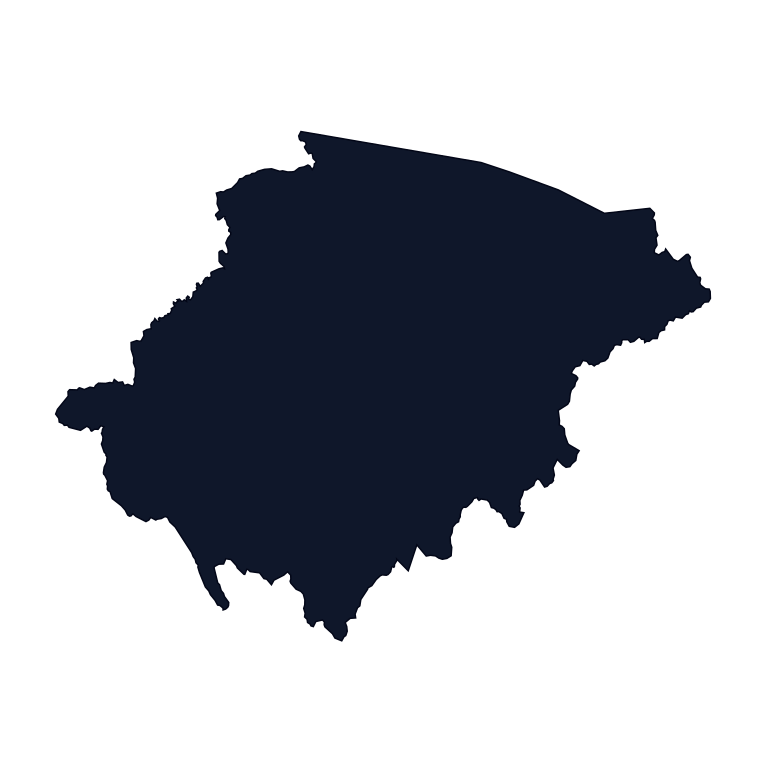 Chanchamayo, Junín, Peru (Natural Earth projection), rotated 178°
{"feature_id": "86281439B40126444259692", "entity_name": "Chanchamayo", "entity_type": "district", "adm_level": 2, "iso_a3": "PER", "parent_name": "Peru", "parent_adm1": "Junín", "projection": "natural_earth1", "projection_center": [-75.066, -11.002], "detail": "fine", "context": "isolated", "style": "filled", "palette": "ink", "viewbox_px": 768, "rotation_deg": 178, "n_neighbors": 0, "source": "geoboundaries", "source_scale": "gbopen_adm2", "svg_char_len": 6136}
<svg xmlns="http://www.w3.org/2000/svg" viewBox="0 0 768 768"><g transform="rotate(178 384 384)"><path d="M664.5,293.5L663.8,291.8L664.2,288.6L663.3,286.9L661.5,285.9L659.6,279.0L650.7,271.5L647.0,267.0L644.7,262.0L643.0,260.8L641.5,261.0L639.5,263.1L636.4,260.2L626.7,254.8L623.8,256.2L621.8,258.8L616.8,256.0L615.5,256.8L611.3,257.3L607.5,259.2L605.0,258.3L602.8,253.5L597.7,248.4L582.1,222.2L580.7,218.2L578.8,215.4L578.1,211.9L576.0,209.5L576.4,207.5L575.0,202.1L569.6,187.4L566.3,183.3L564.8,179.5L560.4,173.7L558.0,168.9L555.7,168.4L553.8,166.7L552.7,165.5L552.7,163.8L550.1,164.6L547.9,166.4L547.1,168.0L546.8,171.1L550.9,177.2L551.7,180.3L553.9,183.2L555.4,189.2L557.1,191.0L560.3,206.4L559.6,207.6L555.4,209.7L550.6,209.7L548.2,214.9L543.1,213.9L537.8,207.6L537.0,205.3L530.6,198.7L529.8,198.6L527.6,203.6L526.3,203.3L524.3,201.2L514.9,199.6L510.8,193.7L508.0,193.0L503.5,187.3L500.8,191.8L490.8,196.5L486.9,199.7L483.9,196.2L483.9,192.2L484.7,190.2L484.1,188.3L479.0,182.0L474.4,179.7L472.0,177.0L470.6,171.0L470.9,166.0L472.1,162.5L470.8,157.7L471.5,154.0L469.1,151.5L468.7,148.3L466.3,146.7L465.4,144.8L463.1,144.0L460.4,149.0L453.7,150.3L451.9,148.3L452.2,145.5L451.5,143.3L444.2,136.2L441.9,131.8L435.2,128.8L432.8,132.8L431.0,133.9L429.4,138.2L429.7,142.9L431.1,147.0L426.0,151.0L420.5,151.2L420.9,155.0L418.3,161.3L415.9,163.1L414.7,169.4L407.6,179.4L407.2,180.8L403.2,182.9L398.6,188.9L394.4,192.5L392.4,193.3L388.4,192.8L386.7,193.4L384.0,196.1L382.7,200.7L381.9,201.2L380.6,200.5L380.0,201.1L379.8,203.4L377.3,207.2L377.4,208.6L366.3,196.5L356.8,222.1L347.8,210.6L343.6,211.2L338.5,210.4L335.3,208.1L331.8,206.8L327.2,207.5L322.9,210.0L322.0,218.5L323.1,222.3L323.3,228.7L321.2,232.9L320.3,238.7L317.0,242.4L314.3,243.7L313.7,246.5L312.4,248.6L312.4,250.7L311.3,255.0L310.1,257.0L308.8,258.1L306.5,257.9L305.0,258.8L300.3,263.2L298.2,266.5L294.6,267.3L294.3,265.8L293.1,264.4L291.0,265.7L284.9,264.4L282.6,261.9L281.0,256.8L278.4,256.0L276.5,254.4L275.4,252.4L273.7,252.5L270.7,250.4L268.7,245.6L266.3,244.5L266.1,242.0L263.8,237.4L258.5,236.2L254.1,239.5L248.7,250.5L252.9,251.3L252.3,255.4L253.2,257.3L252.2,259.0L252.3,262.9L249.7,268.0L248.2,273.1L244.9,273.2L238.0,277.5L236.4,281.6L233.8,284.0L231.5,282.5L227.1,275.4L224.5,276.1L222.0,278.7L219.8,279.4L218.0,281.6L218.3,283.0L216.9,287.0L218.0,294.2L213.5,302.6L208.2,296.8L205.0,294.4L201.1,294.9L198.9,297.8L195.0,300.9L193.7,307.1L191.3,310.5L201.6,317.1L202.5,318.5L205.1,326.8L205.4,333.0L207.5,335.4L210.3,337.0L209.9,341.2L210.8,351.6L201.2,357.3L199.3,360.3L198.3,367.5L197.0,371.5L193.5,375.2L192.6,379.0L190.3,382.2L190.2,383.4L191.9,385.6L196.4,388.0L195.4,390.5L192.3,394.5L187.6,395.5L184.5,400.6L180.4,399.6L178.2,396.4L175.7,396.6L173.3,394.7L171.5,396.1L168.9,396.7L167.2,398.4L162.4,399.5L159.4,402.1L157.0,408.2L153.9,411.3L152.4,414.6L149.9,415.2L146.2,414.5L145.0,416.9L144.9,418.9L144.0,419.9L138.4,419.7L136.3,417.1L132.8,417.9L127.8,421.9L126.7,421.9L125.0,419.7L122.3,419.6L122.0,416.3L120.0,417.5L117.5,417.4L114.1,420.0L109.4,419.9L107.5,425.9L105.2,427.6L101.7,428.3L101.5,431.6L99.2,433.7L97.8,437.3L95.7,437.8L92.7,437.0L90.3,440.7L83.7,439.4L80.1,442.8L77.4,443.6L76.2,446.5L74.5,445.3L72.5,445.5L69.2,448.9L64.8,449.9L64.0,451.7L61.0,454.6L56.9,454.8L54.8,458.1L54.8,465.0L55.7,467.5L59.4,467.9L64.1,471.7L64.9,474.2L63.9,478.0L64.3,479.5L66.9,479.9L72.3,489.0L74.4,496.6L73.4,500.0L75.6,503.0L77.3,502.8L84.8,496.9L86.5,496.4L90.6,498.6L97.8,509.1L98.8,506.5L101.4,505.8L104.8,503.4L109.3,505.8L109.0,509.1L106.3,513.2L107.1,520.7L105.2,523.0L107.1,528.1L107.4,536.3L108.0,538.1L110.1,540.0L108.0,543.6L107.8,545.5L112.2,550.3L157.8,546.9L203.0,571.9L251.1,591.5L279.1,601.9L458.2,639.2L460.6,634.9L459.9,631.5L458.6,630.0L456.8,630.0L454.1,628.7L453.3,626.1L455.2,623.7L454.8,622.5L451.3,616.7L448.8,617.4L447.7,616.8L447.0,611.9L444.1,608.8L444.4,607.5L445.9,606.5L446.3,603.7L448.3,600.7L450.5,604.4L452.4,605.5L456.2,603.8L461.2,603.0L466.1,599.5L468.8,599.2L473.0,599.3L477.9,600.6L480.8,600.2L488.8,603.0L496.0,602.7L502.8,601.0L505.3,599.2L508.7,598.9L510.5,597.5L514.6,597.0L518.2,594.4L521.2,594.0L523.3,590.4L529.4,584.7L534.4,583.4L537.7,581.5L540.6,581.9L544.9,580.6L543.8,575.5L544.5,569.9L542.1,563.1L546.2,559.4L546.4,558.2L544.9,556.4L544.4,554.0L542.8,554.0L538.5,557.0L536.8,556.7L537.4,554.9L536.0,553.0L535.0,548.7L532.5,545.8L533.8,543.5L533.8,542.2L531.9,540.8L532.0,538.6L534.8,535.4L537.1,530.5L535.2,524.3L535.1,520.9L535.8,519.7L537.7,519.4L541.1,523.1L543.6,522.3L544.3,521.4L544.5,512.4L543.2,510.3L539.8,507.1L539.4,504.8L540.9,505.7L544.9,504.9L552.7,501.7L553.2,500.9L552.8,498.0L553.5,496.6L555.4,496.4L555.7,494.0L556.8,496.8L558.7,496.2L561.1,492.9L560.9,491.1L564.2,488.1L566.1,491.3L567.6,491.2L568.0,490.1L567.3,487.9L568.2,486.6L567.3,485.0L568.8,483.5L571.4,482.5L572.0,477.9L574.5,474.8L576.4,475.5L575.6,477.5L577.1,478.7L578.6,476.9L578.4,473.4L580.7,475.1L582.2,473.8L583.5,473.7L585.4,475.9L587.9,475.5L586.7,473.9L588.1,473.4L589.0,472.0L591.5,473.3L591.7,471.6L590.4,468.9L594.0,466.7L593.6,465.1L595.2,461.9L597.5,461.8L597.4,460.6L600.6,459.9L601.7,458.1L604.3,457.6L606.1,458.2L607.2,456.8L606.2,455.0L606.9,454.4L608.7,454.8L610.7,457.4L611.7,455.2L614.1,453.3L614.9,451.5L614.7,447.4L619.1,446.7L622.6,444.9L622.2,440.6L625.2,435.6L626.7,435.2L629.7,436.0L635.3,434.3L635.4,427.3L633.2,419.0L633.6,413.9L631.7,408.2L632.4,399.6L633.7,397.5L633.1,394.5L634.6,391.1L635.8,390.7L640.0,392.6L643.6,391.6L645.2,395.2L649.7,394.8L653.4,397.9L655.1,394.4L657.8,395.1L662.2,394.3L669.3,394.8L672.3,392.6L673.7,390.2L678.0,391.1L683.7,388.9L688.3,390.8L689.4,390.4L690.7,388.8L698.4,389.3L700.1,387.4L700.0,382.9L711.2,370.1L713.2,365.4L710.2,361.0L709.9,357.3L706.4,355.7L705.0,353.8L701.8,353.9L700.3,351.7L688.9,348.3L682.4,352.2L679.6,350.2L678.5,347.5L677.7,347.1L675.0,348.9L671.3,348.7L668.5,352.2L665.4,351.0L666.9,348.5L667.5,345.3L668.1,344.7L666.7,340.9L667.1,337.3L668.5,333.9L666.0,325.6L664.1,323.6L664.5,322.7L663.3,320.6L664.1,315.2L666.5,310.7L667.5,305.2L667.3,303.7L666.2,302.6L663.6,297.0L664.5,293.5Z" fill="#0f172a" stroke="#020617" stroke-width="1.5"/></g></svg>